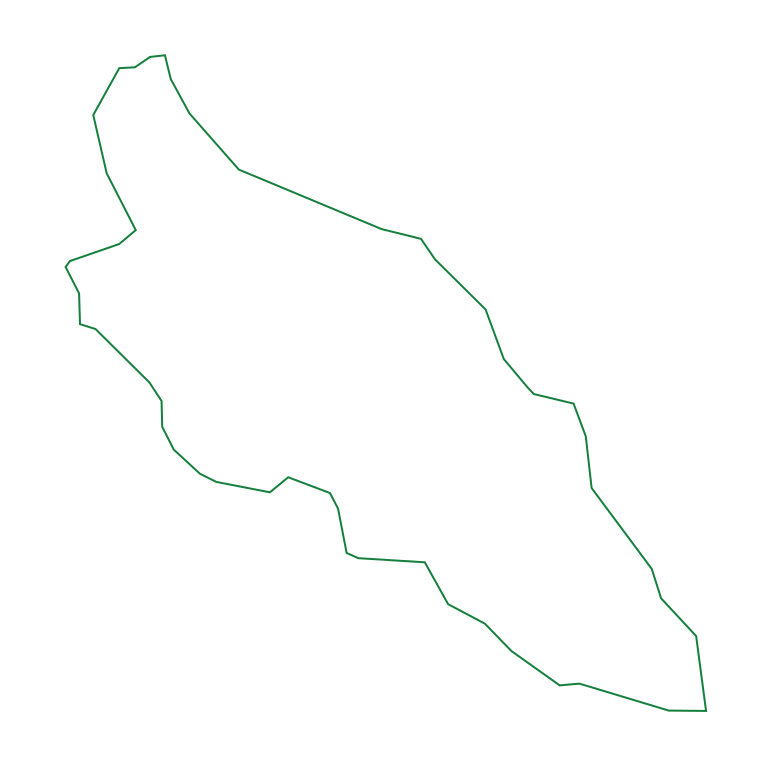 an SVG outline of Mostaganem, rotated 89°
{"feature_id": "DZA-2202", "entity_name": "Mostaganem", "entity_type": "Province", "adm_level": 1, "iso_a3": "DZA", "parent_name": "Algeria", "parent_adm1": "", "projection": "natural_earth1", "projection_center": [0.307, 36.01], "detail": "coarse", "context": "isolated", "style": "outline", "palette": "green", "viewbox_px": 768, "rotation_deg": 89, "n_neighbors": 0, "source": "natural_earth", "source_scale": "10m", "svg_char_len": 757}
<svg xmlns="http://www.w3.org/2000/svg" viewBox="0 0 768 768"><g transform="rotate(89 384 384)"><path d="M51.5,597.3L75.4,591.9L110.2,573.7L167.1,525.4L229.1,383.7L239.5,344.5L260.3,330.8L311.3,281.1L361.1,263.8L390.3,240.2L396.7,234.3L406.9,194.8L439.7,183.2L491.7,178.2L573.6,119.5L603.1,110.7L641.5,76.3L716.5,67.7L715.5,105.0L687.0,193.9L688.4,213.6L653.2,261.3L625.4,287.3L605.3,323.7L563.0,346.3L557.7,412.7L552.3,424.3L507.9,432.1L492.1,439.9L475.6,481.4L490.3,500.0L479.0,553.3L470.6,569.5L446.0,595.3L423.0,606.5L397.1,606.7L378.4,618.5L324.0,671.5L318.9,686.9L288.0,687.3L261.5,700.3L255.6,695.9L239.4,646.3L225.8,629.5L168.5,657.6L110.0,670.0L63.6,643.2L63.0,627.6L52.9,612.2L51.5,597.3Z" fill="none" stroke="#15803d" stroke-width="2"/></g></svg>